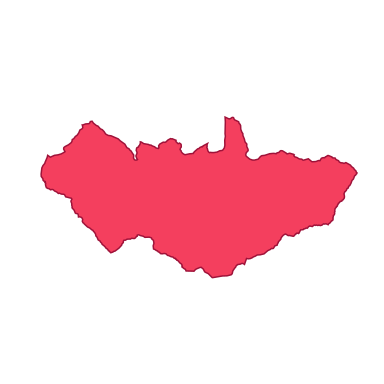 Chita, Boyacá, Colombia, rotated 289°
{"feature_id": "7082276B46406567595223", "entity_name": "Chita", "entity_type": "district", "adm_level": 2, "iso_a3": "COL", "parent_name": "Colombia", "parent_adm1": "Boyacá", "projection": "albers", "projection_center": [-72.448, 6.098], "detail": "fine", "context": "isolated", "style": "filled", "palette": "rose", "viewbox_px": 384, "rotation_deg": 289, "n_neighbors": 0, "source": "geoboundaries", "source_scale": "gbopen_adm2", "svg_char_len": 6077}
<svg xmlns="http://www.w3.org/2000/svg" viewBox="0 0 384 384"><g transform="rotate(289 192 192)"><path d="M219.7,66.4L217.6,67.7L216.6,67.7L215.9,67.4L214.1,65.8L211.1,65.7L208.3,64.9L206.5,63.6L203.8,62.8L202.7,61.7L200.8,62.0L199.5,61.8L196.5,59.9L193.8,57.3L192.4,56.4L191.7,56.4L190.7,56.7L188.8,58.8L188.5,58.7L185.5,56.0L183.5,53.2L181.9,50.0L178.8,46.7L179.7,43.6L177.6,43.8L172.2,43.4L171.1,43.5L168.5,42.5L165.9,42.2L159.8,43.5L157.6,44.4L156.1,46.6L154.6,47.4L154.1,48.4L154.1,49.7L153.6,49.7L153.5,50.1L153.0,49.9L152.4,50.9L151.4,51.0L150.2,51.7L148.7,52.9L148.4,54.7L148.6,55.9L148.0,57.5L148.9,58.9L149.0,60.1L148.2,61.7L148.0,64.0L147.1,66.1L147.7,66.9L147.5,69.1L148.1,71.6L147.8,72.6L146.3,74.1L146.8,80.0L146.1,80.8L144.6,80.5L143.5,80.7L142.2,81.9L140.0,82.8L138.8,83.7L138.0,83.7L136.4,86.5L134.1,88.5L133.9,89.2L134.2,90.8L134.1,91.2L133.3,91.9L131.4,92.8L132.0,93.9L132.0,95.7L131.7,96.3L130.5,97.6L128.6,97.8L127.4,99.0L127.4,99.6L126.8,100.4L124.9,104.7L124.7,106.9L123.6,109.6L123.5,110.9L122.7,111.6L122.2,112.8L120.8,114.5L119.1,115.5L118.4,116.9L116.2,118.8L115.6,121.2L114.9,121.8L114.2,123.3L113.3,124.0L112.3,126.8L111.4,128.4L110.8,129.1L110.5,130.7L109.2,132.2L109.2,133.2L108.6,133.9L108.1,135.0L109.6,136.9L110.3,137.2L111.0,138.4L115.1,141.2L118.8,142.8L120.0,142.7L121.8,143.5L123.2,143.1L124.2,143.3L124.8,144.8L126.2,145.9L127.1,148.0L127.3,148.9L128.6,150.1L129.2,152.6L130.1,153.4L131.9,154.0L132.4,154.6L133.4,154.3L134.2,155.6L134.0,157.3L134.3,160.3L133.8,162.2L135.4,166.3L135.4,168.6L134.4,169.4L133.7,171.3L131.1,172.7L128.5,172.8L125.6,174.2L125.5,176.0L125.0,177.4L125.1,178.5L124.4,179.6L124.4,180.9L123.5,182.2L123.8,183.8L124.8,185.7L125.1,187.4L124.1,189.5L124.3,190.5L124.0,193.3L124.3,195.2L123.5,196.8L123.9,197.7L123.6,198.3L123.2,198.4L123.3,198.9L122.9,199.5L122.6,199.7L122.7,200.7L120.9,203.8L120.4,205.6L119.5,206.5L118.9,206.5L118.6,207.0L117.9,206.9L116.8,210.0L116.8,210.9L115.4,212.1L117.8,219.7L119.4,220.3L120.6,221.1L123.0,223.8L123.8,225.1L122.8,227.8L121.0,229.6L120.5,230.4L120.1,234.0L117.7,238.8L117.7,239.3L122.5,248.1L124.2,252.5L126.5,256.0L127.8,256.6L130.8,256.3L134.3,257.3L135.0,257.7L136.6,257.8L137.4,258.4L138.1,258.5L139.6,261.3L140.4,262.0L140.9,262.9L141.0,263.8L140.6,265.2L146.9,265.2L147.1,266.9L147.9,268.6L149.4,270.3L150.8,271.3L151.7,272.5L153.7,274.2L154.8,276.9L157.0,280.3L161.3,282.8L163.2,284.8L164.5,285.5L164.8,286.8L165.2,287.3L168.2,288.0L169.4,289.8L171.4,289.7L172.1,290.1L173.0,289.9L176.1,291.3L177.6,291.2L179.3,291.7L181.1,292.5L182.6,293.9L182.7,294.5L182.1,297.1L182.6,298.3L183.1,302.2L183.7,302.8L186.2,303.7L186.5,304.3L187.1,304.4L187.5,305.4L187.4,306.1L187.9,306.2L188.0,306.6L191.5,307.0L192.6,309.4L193.5,309.7L193.7,310.4L195.0,311.6L195.4,312.9L197.2,313.5L198.2,314.5L198.5,317.0L200.3,318.1L200.6,318.5L200.6,319.5L201.2,320.2L201.3,321.9L202.0,322.8L202.0,324.2L202.9,325.6L204.7,326.7L204.8,327.7L205.6,329.1L205.4,331.4L206.6,331.6L207.4,332.4L210.4,333.5L210.7,334.1L211.3,334.3L212.5,334.2L213.4,333.6L214.4,333.7L215.4,333.4L215.9,333.4L216.9,334.0L218.5,333.8L219.3,333.3L220.1,333.5L221.0,333.0L223.0,332.7L224.5,333.4L225.2,333.3L225.4,333.7L226.1,334.0L227.2,333.8L227.7,334.1L229.0,334.1L229.6,334.7L231.2,335.2L232.2,336.6L232.9,336.6L234.0,337.5L234.8,337.6L235.3,337.9L236.9,337.8L238.7,337.0L239.7,336.3L242.0,336.4L242.5,336.9L244.0,337.4L245.8,337.5L246.6,338.4L248.4,338.3L249.5,339.1L252.1,339.5L255.0,339.5L256.8,340.4L260.3,340.5L261.1,341.2L262.0,341.3L262.9,341.8L263.8,341.8L263.9,341.2L265.4,340.0L266.1,338.3L267.2,337.0L268.0,334.5L269.0,333.1L269.9,327.9L268.5,326.4L268.6,325.2L268.1,323.2L268.3,321.5L269.3,320.4L269.6,317.5L270.7,316.3L270.1,314.0L270.2,313.4L270.7,313.0L270.9,309.1L270.5,308.2L269.4,307.6L268.7,306.7L267.6,306.3L267.1,304.7L266.1,303.4L264.3,302.9L263.5,303.0L263.2,302.7L262.9,301.3L261.2,299.3L259.8,296.0L259.7,295.4L261.3,291.2L258.4,287.1L258.3,286.2L258.8,285.1L258.2,282.7L258.8,279.9L258.7,277.8L259.4,276.5L259.7,276.4L260.4,276.6L260.7,275.9L260.5,271.8L259.0,269.5L259.1,268.9L259.4,268.6L260.4,264.2L260.1,262.7L259.6,262.1L257.9,261.4L256.5,259.5L255.5,259.0L255.5,258.2L255.0,256.3L253.5,253.0L250.4,248.9L249.1,246.2L247.9,245.2L244.6,243.9L242.4,240.5L241.9,238.7L241.9,235.9L243.3,232.1L243.8,231.3L244.6,230.7L246.8,230.5L249.3,231.6L250.6,231.1L252.7,229.1L253.6,228.6L254.5,228.5L255.5,227.9L256.2,226.4L257.2,225.4L258.8,224.5L262.1,221.7L263.7,221.1L265.0,219.5L267.2,217.7L270.7,216.3L271.8,215.2L272.1,214.3L273.6,213.2L274.1,208.9L274.4,208.3L275.8,207.1L275.9,206.5L275.6,205.7L274.0,204.5L273.3,203.6L273.2,202.7L273.6,198.9L269.1,200.7L257.8,204.3L255.6,205.4L251.6,206.1L246.8,207.9L244.1,208.2L241.8,207.5L241.1,207.0L240.0,204.8L237.9,202.7L236.4,199.8L235.7,197.8L235.6,196.8L234.9,195.8L235.2,194.8L236.2,193.5L237.9,192.5L239.1,191.4L240.4,191.4L241.2,190.8L242.9,190.9L239.3,187.5L238.7,187.4L238.3,186.8L237.9,186.8L237.8,186.2L236.7,185.0L235.4,184.4L234.6,183.3L230.8,181.1L228.8,180.6L228.7,180.0L228.3,179.5L227.5,177.6L225.0,173.3L225.1,171.8L225.6,170.3L226.6,168.7L227.4,168.3L228.2,166.9L229.6,166.8L230.9,167.2L231.4,167.1L233.3,166.3L233.8,165.7L234.2,164.2L233.3,163.4L233.2,162.9L234.4,160.5L234.9,160.2L235.7,160.1L235.9,156.0L235.6,155.5L235.5,154.3L233.3,152.3L230.8,151.0L230.2,150.4L229.9,149.0L229.6,148.4L226.8,145.9L224.9,145.4L223.0,146.3L222.2,146.1L221.9,143.8L222.6,141.8L222.6,139.6L223.0,138.0L222.6,136.5L222.8,135.4L222.0,130.7L222.7,127.8L222.6,126.8L221.3,127.3L219.3,127.2L217.8,126.6L217.1,126.7L216.0,125.5L215.0,125.4L213.2,125.7L211.5,127.1L210.5,127.4L208.2,127.2L207.7,127.3L205.8,128.8L205.0,129.9L204.6,129.7L204.0,128.9L203.7,128.0L203.8,127.0L205.1,125.6L207.3,125.1L208.4,124.5L208.8,123.6L210.9,121.1L211.4,119.6L212.4,118.3L212.7,116.0L215.4,112.9L217.0,107.5L218.2,105.0L218.8,97.2L218.2,94.3L218.7,91.5L220.5,89.2L221.7,86.9L221.9,84.8L223.7,81.6L223.7,80.1L224.0,79.1L225.0,76.4L226.4,74.5L225.5,72.9L224.3,72.9L223.1,72.4L221.7,69.2L219.9,67.0L219.7,66.4Z" fill="#f43f5e" stroke="#9f1239" stroke-width="1.5"/></g></svg>